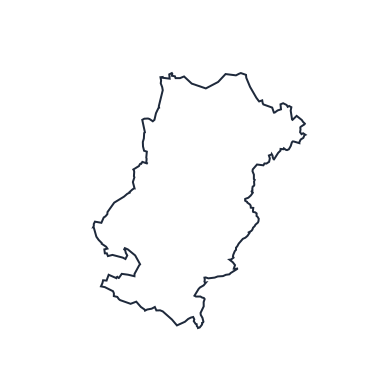 outline of Newbridge Lea-6, Kildare, Ireland, rotated 49°
{"feature_id": "5873133B31018509161138", "entity_name": "Newbridge Lea-6", "entity_type": "district", "adm_level": 2, "iso_a3": "IRL", "parent_name": "Ireland", "parent_adm1": "Kildare", "projection": "mercator", "projection_center": [-6.718, 53.161], "detail": "fine", "context": "isolated", "style": "outline", "palette": "slate", "viewbox_px": 384, "rotation_deg": 49, "n_neighbors": 0, "source": "geoboundaries", "source_scale": "gbopen_adm2", "svg_char_len": 3693}
<svg xmlns="http://www.w3.org/2000/svg" viewBox="0 0 384 384"><g transform="rotate(49 192 192)"><path d="M133.7,78.7L132.8,82.3L125.0,89.3L126.1,100.1L122.9,113.6L110.0,121.1L99.6,122.2L98.2,126.3L95.3,129.7L93.5,129.0L91.1,130.9L89.8,129.3L89.0,129.2L88.3,132.0L91.8,134.5L86.2,139.5L85.8,138.9L84.7,140.5L87.6,142.2L89.5,144.3L93.3,145.7L96.0,147.3L105.5,160.8L106.8,161.5L106.6,162.2L108.9,167.5L112.9,173.0L112.9,175.2L109.0,176.2L107.7,177.0L105.4,179.9L104.9,182.2L116.1,188.4L116.1,189.4L120.0,193.2L122.0,196.3L125.5,199.1L129.4,201.1L131.9,199.6L136.1,204.0L137.2,204.5L139.7,207.1L141.5,206.9L136.7,209.7L137.4,211.8L136.9,212.1L136.8,213.0L137.6,215.0L136.5,221.5L137.7,221.7L138.9,222.4L142.0,225.5L143.1,225.8L145.7,230.1L151.6,233.0L151.2,233.4L151.0,235.8L151.1,239.4L151.6,239.5L150.9,242.0L150.9,246.3L149.0,257.7L151.7,268.9L153.2,270.5L153.6,273.4L153.3,275.3L155.8,280.6L150.7,284.7L151.7,287.1L153.2,288.4L153.7,289.6L153.9,289.2L163.0,293.5L167.1,293.9L171.3,293.6L171.8,294.1L177.0,292.7L179.2,293.0L177.8,295.8L181.1,298.0L182.4,296.5L185.2,297.5L187.3,293.3L196.1,287.3L198.9,286.2L197.4,282.5L194.5,281.9L192.3,280.7L190.8,280.8L190.3,279.5L193.2,278.1L202.6,276.5L212.5,278.6L212.7,280.0L216.1,289.1L217.8,290.7L212.5,294.5L207.7,298.7L208.9,303.5L208.6,303.9L207.0,304.0L206.8,305.2L207.2,305.7L199.8,309.2L202.8,314.6L200.3,317.0L202.0,319.4L203.5,322.6L206.6,320.2L215.1,316.7L217.2,317.4L219.3,319.3L222.2,317.2L224.8,317.5L226.4,317.2L236.1,311.7L238.2,306.0L245.2,306.0L249.6,304.9L250.7,305.3L251.3,302.9L253.6,299.0L254.4,295.5L258.0,296.6L260.4,293.7L262.9,292.4L275.1,290.8L282.8,290.9L285.3,282.5L285.3,278.2L286.0,275.3L287.1,273.1L289.6,273.8L290.6,275.4L293.9,275.8L294.8,275.2L296.3,276.3L297.8,276.3L298.6,276.7L299.3,275.1L298.8,272.2L298.5,271.2L297.4,270.3L297.7,269.2L297.4,268.5L293.9,266.7L290.5,266.0L288.9,264.9L286.0,258.2L282.7,255.4L281.1,252.7L279.8,252.6L278.1,253.7L276.4,254.2L273.5,257.6L271.9,258.2L269.5,250.6L269.3,248.6L270.1,244.5L269.5,240.9L269.1,241.6L267.8,241.4L266.7,240.0L264.8,238.8L265.5,237.7L267.9,236.3L271.5,231.0L272.6,228.0L275.8,223.8L276.7,220.8L278.7,217.7L278.5,216.1L279.7,208.4L279.4,208.2L278.5,209.8L277.3,210.8L275.4,207.5L271.8,207.3L267.7,208.1L268.6,206.7L268.8,203.7L267.5,203.4L266.5,202.1L264.7,198.5L264.5,196.7L262.9,195.3L262.7,193.6L261.6,190.6L260.7,184.4L261.5,181.7L261.5,178.9L260.6,175.4L259.7,175.5L260.3,172.7L260.0,171.1L259.0,169.3L258.9,167.1L258.3,165.6L258.3,162.3L257.7,161.1L256.0,159.2L253.7,158.8L252.4,159.0L250.6,157.3L248.9,157.6L247.2,158.9L246.4,158.6L244.2,156.2L242.4,157.9L240.6,156.6L239.2,156.5L236.3,157.2L235.6,156.9L233.5,157.6L233.0,157.3L232.1,156.4L233.3,153.2L233.2,149.8L232.4,146.5L231.1,146.2L231.0,146.7L230.6,146.6L230.2,145.0L229.4,144.7L227.7,142.6L228.0,141.6L227.6,140.4L224.8,138.3L224.0,136.7L222.8,136.8L219.5,133.9L216.0,132.7L214.8,131.3L213.9,124.9L218.7,120.6L218.0,118.6L219.4,117.1L219.8,114.0L217.7,111.2L214.9,110.0L215.9,107.3L215.7,107.0L217.3,107.3L219.0,108.4L220.9,108.9L221.2,108.7L219.0,101.3L218.8,98.1L217.6,96.9L219.7,94.9L219.3,94.0L221.7,93.5L222.7,92.8L223.3,90.9L222.1,87.4L220.1,84.1L219.9,82.9L220.6,82.1L225.6,78.9L224.8,78.2L223.7,75.5L224.2,72.5L222.9,69.9L223.2,68.9L220.6,69.6L220.2,71.4L217.8,71.2L215.8,68.9L214.6,68.2L214.1,67.3L214.7,62.6L214.5,62.0L211.8,62.2L209.7,61.9L203.2,63.1L203.5,68.8L202.9,68.9L195.3,64.1L193.2,61.4L190.8,62.3L190.5,63.9L188.4,63.5L184.8,65.0L183.9,67.7L188.0,70.6L186.6,73.9L186.3,77.5L185.8,78.1L180.9,76.1L172.7,80.7L171.2,80.3L168.9,78.9L167.7,81.9L166.9,81.9L163.0,81.6L150.7,79.2L141.4,76.1L139.0,74.4L134.3,77.1L133.7,78.7Z" fill="none" stroke="#1e293b" stroke-width="2"/></g></svg>